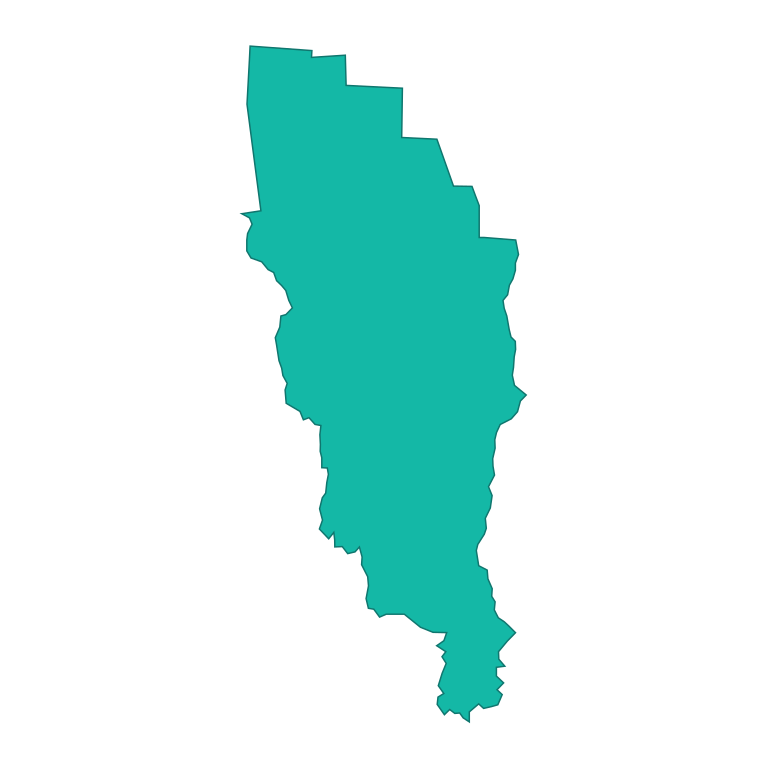 Vera Cruz, Rio Grande do Sul, Brazil
{"feature_id": "56859067B93836063527687", "entity_name": "Vera Cruz", "entity_type": "district", "adm_level": 2, "iso_a3": "BRA", "parent_name": "Brazil", "parent_adm1": "Rio Grande do Sul", "projection": "equal_earth", "projection_center": [-52.528, -29.73], "detail": "fine", "context": "isolated", "style": "filled", "palette": "teal", "viewbox_px": 768, "rotation_deg": 0, "n_neighbors": 0, "source": "geoboundaries", "source_scale": "gbopen_adm2", "svg_char_len": 2069}
<svg xmlns="http://www.w3.org/2000/svg" viewBox="0 0 768 768"><path d="M319.4,529.0L328.7,538.8L333.8,532.4L334.7,539.9L334.8,546.9L342.3,546.6L347.7,553.6L355.0,551.9L359.4,547.0L362.1,557.0L361.6,564.7L364.7,570.8L367.7,576.7L368.5,585.9L366.1,598.6L368.4,608.3L373.8,609.2L379.6,617.1L386.2,614.2L404.3,614.2L420.5,627.3L433.0,632.3L446.7,632.6L443.9,640.7L436.7,645.7L445.8,651.7L442.0,656.7L446.2,663.4L442.1,673.4L438.3,685.7L443.8,693.5L438.0,697.1L437.2,704.4L444.4,714.7L449.7,709.5L454.8,713.4L459.7,713.0L463.2,717.9L469.3,721.9L469.3,711.9L478.7,703.9L483.6,708.4L491.4,706.6L497.8,704.8L502.2,694.6L497.0,689.7L503.6,682.9L496.4,676.1L496.4,667.3L504.8,666.2L498.8,659.2L498.5,651.7L507.3,641.1L515.5,632.7L509.4,626.6L504.4,621.9L498.3,617.8L494.3,609.9L495.1,601.8L491.7,596.3L492.2,588.7L487.9,578.8L487.2,570.1L478.7,565.7L476.3,550.5L477.8,544.4L484.3,534.2L486.3,528.3L485.3,518.3L490.3,508.0L492.1,495.6L488.5,486.7L494.5,475.1L493.0,466.2L492.7,458.7L495.1,448.2L494.8,439.7L496.5,432.5L500.2,424.5L511.3,418.8L517.5,411.7L520.4,401.0L526.2,395.0L514.5,385.4L512.3,375.2L513.5,367.4L514.2,356.9L515.6,349.4L515.3,341.3L511.0,337.0L509.2,329.6L506.8,316.0L504.2,308.3L503.0,300.4L507.6,294.8L509.4,285.2L512.9,278.9L515.4,270.3L515.4,263.0L518.5,254.5L515.7,240.0L484.3,237.5L479.2,237.5L479.2,205.6L475.5,195.9L472.0,186.4L453.5,186.1L436.9,139.2L401.7,137.5L402.4,88.2L346.1,85.4L345.3,55.2L311.5,57.4L311.9,50.6L250.1,46.1L249.4,60.2L247.0,104.2L260.9,210.8L241.8,213.7L249.5,217.9L252.1,224.2L247.6,233.5L246.8,240.0L246.8,250.9L251.0,258.0L261.7,261.8L268.1,269.6L273.7,272.5L276.6,280.7L281.6,285.5L285.8,290.5L288.8,300.4L292.4,307.9L285.9,314.6L280.9,316.0L279.8,327.1L275.3,337.7L276.6,345.1L279.0,360.7L281.7,368.2L282.9,375.5L287.2,383.4L285.1,390.0L286.2,403.3L300.0,411.4L303.4,419.8L309.0,417.7L315.0,424.4L320.9,425.5L319.9,434.7L320.4,444.4L320.2,451.3L321.8,457.8L321.8,467.7L327.3,468.0L328.4,474.3L326.8,482.6L325.7,493.1L322.3,497.8L319.6,508.8L322.5,520.1L319.4,529.0Z" fill="#14b8a6" stroke="#0f766e" stroke-width="1.5"/></svg>